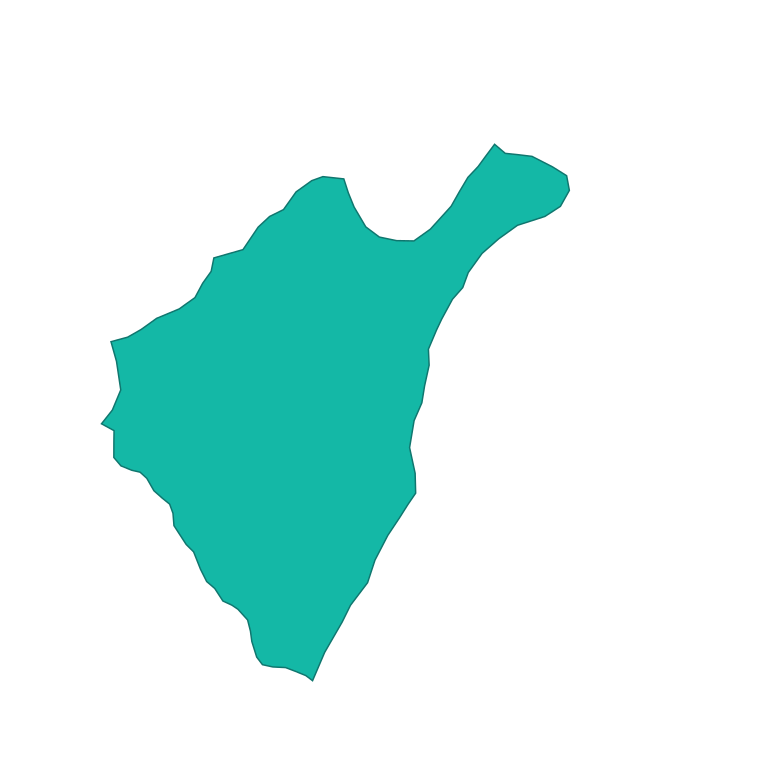 outline of Angastina, Cyprus, rotated 57°
{"feature_id": "46923920B58567235428408", "entity_name": "Angastina", "entity_type": "district", "adm_level": 2, "iso_a3": "CYP", "parent_name": "Cyprus", "parent_adm1": "", "projection": "equal_earth", "projection_center": [33.585, 35.215], "detail": "fine", "context": "isolated", "style": "filled", "palette": "teal", "viewbox_px": 768, "rotation_deg": 57, "n_neighbors": 0, "source": "geoboundaries", "source_scale": "gbopen_adm2", "svg_char_len": 1382}
<svg xmlns="http://www.w3.org/2000/svg" viewBox="0 0 768 768"><g transform="rotate(57 384 384)"><path d="M271.5,230.9L275.1,244.5L279.4,260.8L280.3,281.0L270.6,295.4L258.2,307.9L242.3,313.7L219.3,312.7L204.2,309.8L190.1,306.0L176.8,322.3L174.1,333.9L175.0,353.1L183.0,373.3L181.2,388.7L183.9,404.1L194.5,429.1L185.6,458.0L195.4,467.6L200.7,481.1L208.6,495.5L209.1,506.9L209.5,514.8L205.1,538.9L206.0,558.1L205.1,573.5L199.8,589.9L219.3,596.0L245.6,608.0L257.9,626.0L263.5,642.6L276.1,635.8L284.9,641.7L298.5,650.6L309.4,649.2L319.0,642.5L325.1,636.6L333.9,634.3L348.2,635.1L359.1,632.1L368.0,629.2L377.5,631.4L388.4,637.3L397.3,637.3L410.9,637.3L421.1,635.1L439.5,638.8L453.1,640.3L463.3,637.3L478.3,637.3L486.5,632.1L493.3,629.2L507.6,626.9L518.5,630.6L528.0,635.1L543.7,639.5L553.2,638.8L560.7,631.4L568.2,621.0L576.3,615.1L585.9,608.4L593.9,605.5L576.8,580.0L571.5,569.6L560.9,548.8L551.3,532.6L541.7,506.0L526.8,487.5L513.0,463.2L504.5,443.5L498.1,429.6L492.8,416.9L475.8,406.5L451.3,397.2L431.1,378.7L420.4,362.5L407.7,351.0L392.8,335.9L379.0,327.8L367.3,310.5L360.9,300.1L350.2,280.4L346.0,265.4L336.4,252.6L327.9,230.7L324.7,208.7L323.6,185.6L331.1,157.8L331.1,139.3L322.6,123.1L308.8,117.4L293.9,124.3L273.7,135.9L264.1,147.4L256.6,156.7L243.2,160.7L248.5,175.1L252.9,186.7L256.4,201.1L263.5,215.5L271.5,230.9Z" fill="#14b8a6" stroke="#0f766e" stroke-width="1.5"/></g></svg>